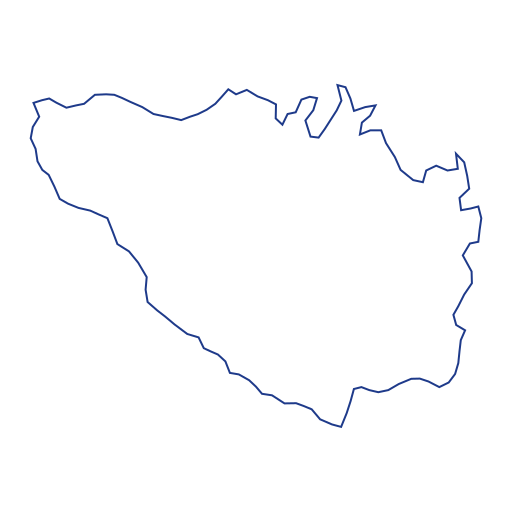 the district of Luzerna, Santa Catarina, Brazil
{"feature_id": "56859067B78781548032096", "entity_name": "Luzerna", "entity_type": "district", "adm_level": 2, "iso_a3": "BRA", "parent_name": "Brazil", "parent_adm1": "Santa Catarina", "projection": "equal_earth", "projection_center": [-51.505, -27.095], "detail": "fine", "context": "isolated", "style": "outline", "palette": "blue", "viewbox_px": 512, "rotation_deg": 0, "n_neighbors": 0, "source": "geoboundaries", "source_scale": "gbopen_adm2", "svg_char_len": 1817}
<svg xmlns="http://www.w3.org/2000/svg" viewBox="0 0 512 512"><path d="M33.5,102.9L39.2,116.7L32.8,127.0L30.7,138.3L35.6,148.9L37.5,161.3L42.3,169.9L48.7,174.9L54.4,186.6L59.7,198.9L68.1,203.7L78.5,207.9L90.2,210.6L98.6,214.4L107.4,218.2L112.7,231.6L117.4,244.1L129.0,251.4L138.2,262.7L146.7,277.1L145.6,289.7L147.6,302.0L157.2,310.4L165.1,316.5L174.5,324.4L187.3,334.0L198.6,337.4L203.8,348.2L210.7,351.4L217.9,354.5L225.4,361.4L229.9,372.9L238.8,374.4L249.1,380.2L256.0,386.7L262.0,393.8L272.0,395.3L284.5,403.4L296.1,403.2L303.7,406.0L311.7,409.3L320.1,419.3L331.9,424.4L341.1,426.9L346.7,413.1L350.6,401.1L353.9,389.0L361.4,387.1L369.3,390.1L378.3,392.2L388.3,390.1L398.8,384.0L411.3,378.8L419.8,378.6L428.5,381.5L439.3,387.1L448.7,382.5L455.1,374.0L458.3,363.1L459.5,351.2L460.8,340.1L465.1,330.3L456.2,325.0L453.4,314.8L458.3,306.2L464.2,294.5L471.9,283.2L471.6,271.5L462.8,255.4L469.9,243.5L478.3,241.8L479.6,230.1L481.3,218.2L478.3,206.5L470.6,208.5L461.1,210.2L459.5,197.9L469.2,188.7L467.2,175.9L464.2,162.3L456.0,153.7L457.8,168.8L447.5,170.5L436.2,165.7L426.2,170.5L422.9,182.2L413.2,180.1L400.6,169.9L394.9,157.1L386.0,143.1L381.2,130.3L370.4,130.3L359.9,134.5L361.9,122.6L370.1,115.7L375.5,105.4L365.2,107.1L354.0,110.9L350.4,98.5L345.5,87.2L337.5,85.1L341.4,100.6L336.7,110.4L330.6,119.9L324.7,129.1L318.6,137.6L310.5,136.6L305.4,120.5L313.3,110.2L317.0,98.1L309.7,96.8L301.4,99.6L295.7,112.3L287.6,114.0L282.4,124.7L275.7,118.4L276.0,104.4L267.9,100.2L257.6,96.4L246.8,89.9L236.0,94.3L228.3,89.3L221.7,96.8L215.3,103.8L206.6,109.8L197.7,114.2L190.1,116.7L181.2,120.1L171.7,117.8L163.2,116.1L153.5,114.0L142.3,107.1L130.4,101.9L121.9,97.9L114.3,94.8L106.1,94.3L94.9,94.8L84.1,103.8L76.1,105.4L66.4,107.7L56.4,102.7L49.2,98.5L42.0,100.2L33.5,102.9Z" fill="none" stroke="#1e3a8a" stroke-width="2"/></svg>